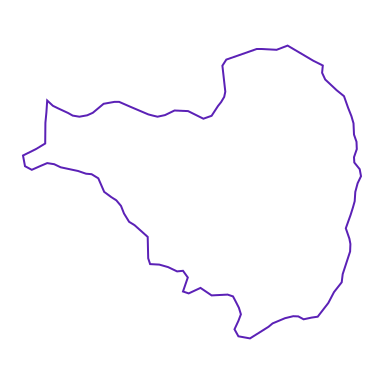 Itambaracá, Paraná, Brazil
{"feature_id": "56859067B69657690107585", "entity_name": "Itambaracá", "entity_type": "district", "adm_level": 2, "iso_a3": "BRA", "parent_name": "Brazil", "parent_adm1": "Paraná", "projection": "mercator", "projection_center": [-50.428, -22.987], "detail": "fine", "context": "isolated", "style": "outline", "palette": "violet", "viewbox_px": 384, "rotation_deg": 0, "n_neighbors": 0, "source": "geoboundaries", "source_scale": "gbopen_adm2", "svg_char_len": 1432}
<svg xmlns="http://www.w3.org/2000/svg" viewBox="0 0 384 384"><path d="M47.2,100.5L46.4,112.4L45.4,122.8L45.2,143.5L35.9,149.1L23.0,155.5L25.0,166.2L31.8,169.8L41.3,165.6L47.2,163.1L54.2,164.2L60.7,167.3L78.1,171.0L86.0,173.7L91.6,174.2L98.3,178.3L104.2,191.9L111.4,197.2L116.3,200.3L121.0,205.9L124.0,213.5L129.1,221.8L134.6,225.2L147.7,236.9L148.2,258.3L150.1,264.1L159.3,264.6L168.1,267.1L177.1,271.4L183.0,270.8L187.8,277.5L183.0,291.5L188.7,293.4L200.5,287.9L211.6,295.4L227.6,294.6L233.0,296.4L236.0,302.1L238.9,307.8L240.9,314.3L238.4,320.9L234.5,329.3L238.4,336.3L250.0,338.4L268.5,326.8L272.6,323.4L285.0,318.2L293.2,316.2L298.3,316.4L303.6,319.3L311.5,317.6L317.7,316.7L328.3,303.0L334.0,292.1L341.7,282.3L342.7,274.1L350.1,251.5L350.4,244.0L349.4,238.7L345.8,228.3L350.6,214.9L352.9,207.6L354.7,201.2L355.3,191.9L357.6,183.3L361.0,176.2L359.7,169.2L354.3,162.5L354.0,157.2L356.8,149.1L356.5,141.8L354.0,134.6L353.5,123.3L351.4,116.1L348.1,107.8L344.0,96.2L336.5,90.1L329.7,83.7L325.2,79.5L322.1,72.8L322.8,65.5L313.4,60.8L287.6,45.6L276.6,49.8L261.8,49.0L256.7,49.0L226.3,59.6L222.4,65.7L225.3,91.7L224.2,96.9L221.1,102.1L218.0,106.0L211.6,115.8L203.4,118.7L188.1,111.1L174.5,110.5L165.0,115.1L157.5,116.7L152.9,115.6L148.3,114.4L130.2,106.7L119.2,101.9L114.3,101.9L103.6,103.8L92.8,112.8L87.2,115.3L79.4,116.7L72.7,115.6L68.1,113.0L58.4,108.5L52.9,105.8L47.2,100.5Z" fill="none" stroke="#5b21b6" stroke-width="2"/></svg>